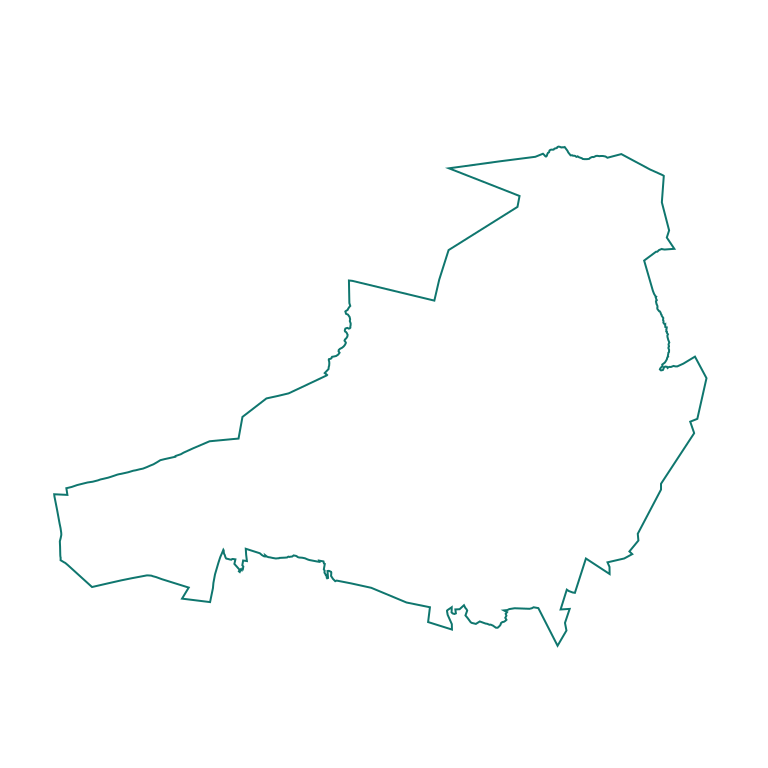 outline of Cerro de San Pedro, San Luis Potosí, Mexico, rotated 4°
{"feature_id": "50627088B42446893123759", "entity_name": "Cerro de San Pedro", "entity_type": "district", "adm_level": 2, "iso_a3": "MEX", "parent_name": "Mexico", "parent_adm1": "San Luis Potosí", "projection": "robinson", "projection_center": [-100.785, 22.201], "detail": "fine", "context": "isolated", "style": "outline", "palette": "teal", "viewbox_px": 768, "rotation_deg": 4, "n_neighbors": 0, "source": "geoboundaries", "source_scale": "gbopen_adm2", "svg_char_len": 6137}
<svg xmlns="http://www.w3.org/2000/svg" viewBox="0 0 768 768"><g transform="rotate(4 384 384)"><path d="M696.8,411.5L696.6,410.8L692.1,400.2L699.0,396.9L705.3,355.7L692.3,335.0L681.2,342.8L675.3,346.0L673.4,346.1L671.6,345.8L669.0,347.0L667.6,347.0L666.6,347.4L665.8,348.2L665.1,347.1L663.3,347.0L662.1,347.9L661.8,349.2L661.2,350.6L659.4,351.1L658.2,350.2L658.5,349.2L659.5,347.8L660.6,347.0L660.2,345.2L662.7,343.0L663.8,341.0L664.6,339.2L664.5,338.7L664.9,337.5L665.5,336.9L665.2,336.5L665.3,335.3L665.5,333.8L665.5,332.9L666.1,332.2L666.0,330.0L665.7,329.3L665.3,328.7L665.2,327.5L665.7,326.8L665.6,326.1L665.1,325.0L665.2,324.3L665.3,323.7L665.7,322.7L665.3,321.8L664.5,320.2L664.1,319.0L663.5,317.3L663.3,315.9L663.8,314.6L662.7,313.3L662.6,312.2L661.9,311.9L662.0,310.4L661.8,310.1L662.1,308.4L662.1,307.8L661.6,307.8L660.6,307.5L660.4,305.0L660.1,305.3L658.4,303.3L658.5,302.5L658.4,301.5L657.9,300.8L658.0,298.7L656.3,296.6L656.0,295.5L655.6,295.2L655.3,294.5L654.8,293.3L653.9,292.2L653.4,292.2L651.6,290.2L651.3,289.3L651.3,288.7L651.5,288.2L651.3,287.4L651.2,286.8L650.8,286.1L650.2,285.1L650.2,284.6L649.8,283.9L649.8,283.2L649.5,282.4L649.7,282.1L650.3,281.3L649.9,280.8L649.6,280.3L649.4,279.4L649.0,278.8L649.4,277.9L648.8,277.7L648.4,277.1L648.0,276.5L647.1,275.2L645.7,272.2L634.9,242.7L646.1,233.1L647.5,232.9L649.0,231.2L651.7,229.9L652.3,230.1L654.5,230.3L664.2,228.9L655.9,218.2L657.7,210.9L648.5,183.4L648.6,156.9L647.6,156.3L634.3,151.4L604.7,138.1L591.1,142.7L589.1,141.6L586.6,141.3L584.4,141.4L583.0,141.7L580.8,141.5L579.6,141.7L577.3,143.0L576.0,143.0L575.2,143.3L573.7,144.2L573.1,145.0L571.6,145.4L569.8,145.6L568.0,145.7L566.4,145.6L565.7,145.0L562.7,144.2L561.3,143.4L560.4,144.0L559.7,143.8L558.9,143.2L557.8,143.0L556.6,143.1L555.8,142.7L554.2,142.9L551.7,140.2L550.7,138.5L547.7,135.0L546.8,135.4L546.2,135.3L545.7,135.5L545.2,135.4L544.7,135.5L544.4,135.7L544.0,135.6L543.6,135.4L543.1,135.2L541.6,135.0L541.1,135.2L540.5,135.5L540.1,136.4L539.3,136.8L538.6,137.0L538.3,137.0L537.5,137.5L537.2,137.8L537.0,138.2L536.6,138.4L535.8,138.5L534.8,138.5L534.3,138.6L533.8,138.8L533.3,139.1L532.8,139.6L532.6,140.8L532.5,141.2L532.0,141.7L531.5,141.9L531.2,142.5L530.9,143.3L530.5,145.0L529.7,145.8L529.2,145.6L528.7,145.2L528.2,144.6L526.5,143.2L519.1,146.8L484.4,153.7L433.7,164.3L506.1,187.0L504.8,198.0L439.1,245.9L431.8,276.1L428.4,297.3L345.1,283.3L341.8,283.2L343.8,305.7L344.9,308.5L344.1,309.5L343.1,311.2L342.5,312.7L341.3,313.5L340.4,314.3L341.2,316.6L343.2,317.3L345.0,319.5L345.7,321.8L345.5,323.6L346.5,325.8L346.6,327.6L346.4,328.8L346.5,330.2L345.9,330.9L345.0,331.2L343.6,330.6L342.6,330.9L341.6,331.4L341.2,333.0L341.2,333.7L341.6,334.4L342.5,334.8L343.3,335.7L343.7,336.5L344.3,337.5L344.1,339.3L343.1,341.1L341.9,342.4L341.6,343.6L342.4,344.4L343.1,345.6L342.4,347.5L341.2,349.3L339.6,350.8L337.6,352.0L336.5,353.2L336.4,354.6L337.5,355.9L336.3,357.8L334.3,359.4L332.0,360.1L330.3,360.5L329.9,361.2L329.8,361.9L329.1,362.5L327.3,363.1L327.2,363.9L327.8,365.6L328.0,367.2L328.0,369.6L327.7,370.7L327.6,373.0L324.1,377.2L326.0,378.5L326.6,379.0L326.3,379.4L289.5,400.0L279.0,403.3L267.7,406.6L245.1,426.7L242.7,448.6L237.6,449.4L214.0,453.3L198.4,461.3L188.8,466.5L186.3,468.2L181.0,470.4L181.0,471.1L170.2,474.3L166.2,475.6L163.3,477.7L159.6,480.2L156.5,481.7L153.3,483.4L149.5,485.2L146.0,486.2L142.3,487.4L139.9,488.0L134.9,489.9L128.2,491.9L126.2,492.4L124.3,493.0L121.5,494.2L118.1,495.6L115.3,496.7L110.5,498.2L107.8,499.0L105.3,500.1L100.2,501.8L95.2,502.9L85.0,506.2L79.6,508.5L74.8,510.0L74.4,510.1L75.9,516.7L62.7,517.0L63.1,519.2L66.7,532.5L70.1,545.8L71.4,550.4L72.4,555.0L72.6,556.8L72.6,557.2L72.2,560.3L71.6,563.5L71.8,565.3L72.2,568.8L73.0,577.3L73.3,579.2L73.5,579.5L73.7,582.4L74.0,582.5L77.7,584.4L78.3,584.6L78.5,584.7L81.1,586.6L106.9,606.9L121.3,602.5L135.6,598.2L146.1,595.3L156.1,592.7L159.9,591.7L160.1,591.6L161.5,591.4L165.0,591.4L165.7,591.5L166.5,591.8L170.1,592.5L176.0,594.2L203.4,600.7L197.5,612.2L225.7,613.7L227.6,599.5L227.7,594.4L228.7,585.7L231.3,573.8L232.4,569.4L232.9,567.6L234.1,564.3L235.3,560.6L235.7,561.2L235.9,563.1L236.4,564.7L237.1,565.7L237.6,567.1L238.1,568.2L238.6,568.9L238.9,569.2L240.0,569.3L242.5,569.8L244.0,569.9L244.6,569.3L245.3,569.1L248.0,569.3L247.3,573.9L253.0,579.5L252.3,581.0L253.2,581.6L254.1,579.0L255.1,579.7L255.4,578.3L256.1,578.6L256.4,575.9L255.3,574.7L255.8,569.9L259.6,570.2L258.4,564.0L257.6,558.0L271.9,561.5L274.2,563.2L276.5,564.3L278.1,564.3L277.7,563.3L279.2,564.3L280.7,564.8L282.4,564.9L285.1,565.3L288.3,565.6L290.0,565.3L291.3,565.2L291.7,564.8L297.5,564.1L299.4,563.8L300.6,562.9L301.7,563.1L302.8,562.8L304.5,562.5L305.8,561.3L308.1,561.6L309.0,561.9L309.8,562.6L310.5,562.8L311.5,563.0L314.5,563.0L317.4,563.4L319.9,564.3L321.8,564.8L324.4,565.1L326.9,565.4L329.5,565.7L331.9,565.9L331.5,564.7L333.1,564.9L335.2,565.1L336.0,565.2L336.6,567.2L337.5,567.6L336.9,573.1L337.8,574.3L337.8,576.4L338.4,577.2L339.0,578.0L339.3,578.8L340.2,578.6L340.4,581.3L340.8,581.8L341.7,581.4L340.7,574.5L341.5,574.3L342.3,574.3L344.3,575.1L344.6,575.9L344.6,577.6L344.6,579.2L346.7,582.0L348.2,583.3L349.1,584.1L350.5,583.4L352.1,583.6L365.1,585.2L385.5,588.2L421.7,600.4L445.4,603.5L444.6,618.4L468.9,624.2L468.4,618.8L463.6,609.8L462.8,606.6L462.7,605.6L463.4,604.9L466.5,602.5L467.1,602.0L467.3,605.0L467.3,607.1L468.5,608.1L470.3,608.5L471.7,607.8L470.9,603.9L475.1,603.4L479.2,599.1L480.7,601.6L481.9,602.8L482.8,604.2L481.4,609.2L483.8,611.7L487.1,615.6L488.2,616.2L492.4,616.9L496.1,614.2L502.1,615.9L503.6,616.0L506.0,616.8L507.2,616.6L509.5,617.4L512.6,619.3L514.4,619.2L516.2,617.3L517.1,615.9L517.3,614.5L518.7,613.2L520.1,612.9L521.6,611.8L522.6,610.7L521.3,608.8L522.3,606.6L521.4,604.8L522.7,603.0L519.4,601.5L522.8,600.9L524.7,599.8L529.9,598.6L544.8,598.1L547.1,597.4L548.8,596.3L553.6,596.8L575.4,633.0L583.2,617.2L581.2,609.7L584.9,595.4L575.9,596.6L580.7,576.4L582.7,577.6L586.7,578.8L589.0,579.0L597.6,544.0L622.3,557.8L621.7,550.7L619.4,546.3L635.8,541.3L643.5,536.4L640.5,533.9L648.7,522.4L647.6,515.7L667.7,470.0L667.3,464.2L696.8,411.5Z" fill="none" stroke="#0f766e" stroke-width="2"/></g></svg>